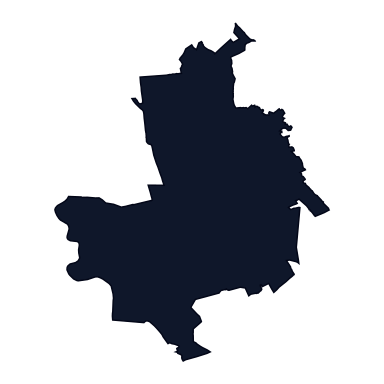 Vanatori, Iasi, Romania
{"feature_id": "2599482B62135446943489", "entity_name": "Vanatori", "entity_type": "district", "adm_level": 2, "iso_a3": "ROU", "parent_name": "Romania", "parent_adm1": "Iasi", "projection": "equal_earth", "projection_center": [26.772, 47.342], "detail": "fine", "context": "isolated", "style": "filled", "palette": "ink", "viewbox_px": 384, "rotation_deg": 0, "n_neighbors": 0, "source": "geoboundaries", "source_scale": "gbopen_adm2", "svg_char_len": 5981}
<svg xmlns="http://www.w3.org/2000/svg" viewBox="0 0 384 384"><path d="M298.8,263.3L298.4,260.2L296.3,247.3L299.9,207.6L298.9,207.4L294.9,208.3L294.0,208.2L291.6,209.3L290.6,209.5L288.5,207.4L289.6,206.6L293.1,205.0L296.0,204.0L297.2,203.4L295.6,200.6L297.1,200.2L299.0,199.1L306.5,205.7L308.7,208.5L309.2,209.7L310.4,210.2L310.5,210.5L310.4,210.9L311.1,211.3L312.5,212.9L314.6,215.8L315.0,215.8L315.3,216.3L324.2,212.6L329.1,210.0L328.7,209.4L328.5,208.3L323.2,203.1L323.1,202.7L323.4,202.1L323.1,201.8L321.6,200.8L321.3,200.4L321.3,200.1L317.3,195.9L317.3,195.7L315.1,194.7L313.9,193.5L312.2,190.8L311.4,190.5L310.5,189.2L309.6,188.6L309.0,187.5L306.0,185.0L305.3,183.4L304.4,183.3L303.2,182.7L303.1,180.8L304.9,179.7L305.2,179.4L305.0,178.9L303.2,176.6L302.1,176.2L301.6,175.6L301.5,173.9L300.9,173.1L300.0,172.5L302.5,171.1L305.4,169.8L305.2,169.3L304.7,168.9L303.2,168.0L302.5,165.0L302.4,163.5L301.1,160.2L299.6,158.3L298.9,156.9L295.9,156.6L294.3,154.4L291.3,151.4L294.2,150.8L294.2,150.2L293.3,147.9L291.9,146.9L289.1,147.3L288.6,145.5L289.3,144.3L288.5,143.9L288.2,141.9L287.9,141.1L288.0,140.4L287.2,138.5L287.4,137.5L288.4,136.6L289.1,136.4L289.2,135.9L289.1,135.7L288.6,136.0L286.2,136.4L284.1,137.3L282.2,136.8L280.1,134.2L280.1,133.9L280.7,132.6L281.8,132.5L281.6,131.9L281.8,131.3L279.7,130.9L281.9,128.9L283.3,128.1L284.1,128.2L285.1,128.1L286.3,128.6L288.2,130.5L290.6,130.2L292.0,127.3L290.8,125.9L290.0,126.4L288.6,126.6L286.9,124.1L285.2,124.4L285.4,122.8L283.0,121.9L282.7,121.4L282.7,121.0L283.5,119.4L284.1,118.5L284.4,118.3L282.8,117.6L282.5,117.2L282.6,116.0L283.7,114.3L284.7,113.3L282.9,110.1L281.8,109.4L280.6,110.3L279.3,109.3L279.2,108.9L278.7,109.1L276.4,111.2L274.3,112.6L273.8,113.3L269.6,111.8L269.3,112.0L268.7,113.1L269.2,114.1L268.8,115.2L267.5,114.9L266.1,115.0L265.0,114.6L264.3,114.7L264.4,114.4L264.0,113.9L262.1,113.0L263.2,111.1L263.4,110.4L263.3,110.0L262.7,109.6L261.9,110.4L259.4,108.5L259.6,108.0L259.3,107.5L258.4,107.4L257.6,106.5L255.9,106.3L255.0,107.2L254.6,105.3L252.4,106.1L251.6,105.2L247.8,108.7L246.2,107.6L244.1,107.9L243.6,107.6L241.7,107.9L240.5,107.6L235.9,108.1L234.3,105.4L233.7,103.6L232.9,99.3L233.3,96.4L233.2,94.5L233.3,93.5L233.2,93.0L232.9,92.8L233.0,92.1L233.2,91.6L233.1,90.3L233.3,88.8L233.2,87.3L233.7,83.1L234.3,82.1L235.1,78.7L233.3,75.4L232.2,72.9L232.3,72.3L232.6,72.0L232.0,68.3L230.9,66.1L231.8,63.6L231.6,60.4L230.7,58.2L230.7,57.2L232.1,56.4L238.8,53.5L244.7,50.2L244.8,49.9L244.8,47.6L245.2,44.6L247.3,42.9L248.6,42.6L251.4,41.0L255.0,41.0L254.8,40.6L253.5,39.9L252.1,39.9L250.5,39.3L249.6,38.8L245.4,34.5L244.3,32.6L243.1,31.7L239.6,27.8L237.7,26.2L235.3,23.0L235.5,24.4L235.6,26.3L234.5,29.6L233.9,32.6L239.5,38.8L233.2,42.5L232.8,42.0L231.4,40.7L230.6,39.4L220.7,48.3L214.9,53.8L214.6,53.1L213.1,52.0L210.9,50.7L208.0,49.6L205.0,47.6L203.6,46.2L203.0,44.4L201.9,43.3L201.8,43.1L202.2,42.6L201.4,41.6L198.9,42.9L196.5,49.7L193.4,47.6L191.7,44.9L185.8,48.9L184.2,52.7L182.9,54.9L181.0,57.1L180.7,57.8L180.1,58.1L179.9,58.9L179.5,59.5L181.1,61.4L182.7,64.3L182.0,65.2L181.3,67.5L180.4,68.4L181.4,73.4L180.3,73.4L177.9,73.8L176.6,73.6L174.9,74.1L172.4,74.1L171.3,74.6L169.8,74.5L166.5,75.2L140.1,77.1L140.5,82.6L141.2,87.5L141.4,90.9L142.7,100.1L142.7,103.1L142.1,103.2L141.1,103.8L139.3,103.8L137.8,102.0L137.1,100.5L136.7,100.0L135.9,99.3L135.4,98.4L132.0,98.6L133.5,101.1L135.6,103.7L140.4,108.4L142.4,109.9L143.4,111.3L143.9,113.8L144.2,118.1L144.9,124.0L145.5,130.4L145.9,132.6L146.1,132.6L146.1,134.2L146.3,136.3L146.1,137.1L146.4,138.3L146.5,141.4L146.9,142.2L148.1,143.6L148.8,144.0L151.1,144.6L151.9,146.0L152.4,148.2L153.8,155.2L154.3,156.7L156.3,162.9L158.0,167.1L160.1,173.3L161.8,177.8L162.6,180.9L164.1,185.3L148.2,185.2L150.4,192.6L151.2,195.8L152.0,198.5L152.2,199.9L152.1,200.2L151.8,200.4L133.1,204.9L132.9,204.5L132.5,204.6L125.5,206.4L120.9,207.2L120.4,206.8L113.6,204.3L105.7,203.0L102.3,199.9L99.1,197.9L95.5,198.0L87.3,197.3L82.0,197.4L81.4,197.0L68.6,196.5L67.2,199.0L65.2,201.0L63.0,202.5L57.8,205.4L56.8,206.3L55.4,208.1L54.9,209.8L55.5,212.2L57.0,215.5L58.9,218.4L60.4,220.0L67.6,224.2L68.7,226.3L69.1,228.1L69.1,229.3L67.2,236.1L67.1,237.7L67.5,238.7L68.1,239.5L70.3,240.7L77.2,241.5L78.5,242.3L79.2,243.7L79.3,245.4L78.6,249.9L78.8,253.0L79.7,257.7L79.6,258.3L78.9,259.6L78.1,260.9L75.6,262.6L70.1,264.0L68.0,265.8L67.4,266.8L67.1,267.8L67.0,269.9L68.8,273.9L69.8,275.2L73.6,278.9L76.8,280.5L78.2,280.8L87.5,279.5L94.9,277.0L96.2,276.8L98.0,276.9L100.4,277.8L102.8,279.0L109.1,283.5L111.2,285.9L113.1,293.9L113.5,298.2L113.2,300.7L112.8,311.3L112.5,313.5L112.4,316.1L112.7,320.0L143.9,322.6L145.3,321.3L146.4,320.9L147.9,321.0L149.7,321.7L154.4,325.8L156.5,328.0L159.8,331.8L162.0,334.5L163.2,336.9L168.0,343.6L169.8,342.7L171.9,343.7L174.7,344.2L178.8,345.8L179.2,346.7L178.8,347.0L178.4,347.7L177.3,348.0L176.8,348.6L177.2,349.9L177.8,350.2L177.9,350.7L176.9,351.5L175.9,351.9L177.2,352.2L177.4,352.4L177.8,353.3L180.6,354.5L181.8,355.4L182.0,356.0L181.8,356.7L181.8,358.1L182.3,359.6L183.2,361.0L185.7,359.7L196.8,356.6L206.9,353.4L210.2,351.9L207.3,350.0L202.5,347.6L200.3,346.3L197.2,344.2L195.9,342.9L193.6,341.8L193.3,341.2L193.2,335.6L193.0,333.9L193.2,332.4L193.2,329.1L193.7,328.5L201.1,322.0L201.4,321.5L199.5,316.4L196.9,314.0L190.9,307.6L191.4,306.3L195.4,299.4L219.1,293.0L219.5,292.3L221.0,290.5L224.5,289.6L225.5,289.7L225.9,289.2L226.5,289.0L227.3,289.9L228.2,289.9L228.5,290.2L228.9,290.3L240.3,287.2L245.3,288.0L248.8,295.8L250.8,294.2L255.3,293.3L256.6,293.4L257.0,293.1L258.1,293.1L260.3,291.0L260.8,290.8L261.7,289.4L261.6,288.8L260.5,286.7L260.3,285.1L260.8,284.6L261.2,284.7L261.6,285.1L262.3,286.6L268.7,283.4L271.8,289.1L273.8,292.4L276.7,289.8L279.1,287.1L285.9,281.7L289.6,278.3L291.4,276.9L292.9,275.6L293.2,275.2L293.2,274.8L294.1,274.6L294.1,274.1L292.7,272.0L291.8,270.2L291.6,269.4L290.7,268.5L290.6,267.1L290.3,266.5L286.4,260.5L289.5,260.0L295.9,261.6L297.6,262.3L298.8,263.3Z" fill="#0f172a" stroke="#020617" stroke-width="1.5"/></svg>